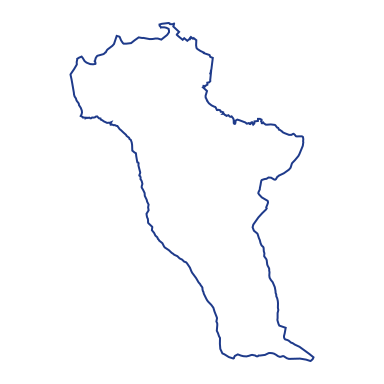 outline of Racovita, Sibiu, Romania
{"feature_id": "2599482B1974711527076", "entity_name": "Racovita", "entity_type": "district", "adm_level": 2, "iso_a3": "ROU", "parent_name": "Romania", "parent_adm1": "Sibiu", "projection": "orthographic", "projection_center": [24.378, 45.642], "detail": "fine", "context": "isolated", "style": "outline", "palette": "blue", "viewbox_px": 384, "rotation_deg": 0, "n_neighbors": 0, "source": "geoboundaries", "source_scale": "gbopen_adm2", "svg_char_len": 5937}
<svg xmlns="http://www.w3.org/2000/svg" viewBox="0 0 384 384"><path d="M222.4,353.4L224.4,354.3L228.9,357.1L233.3,358.5L233.9,358.2L234.2,357.1L234.9,355.9L237.8,354.4L241.0,355.6L243.4,356.2L246.5,356.4L249.0,355.8L251.3,355.0L252.2,354.9L255.2,355.5L255.9,356.0L257.0,356.4L257.9,356.2L258.6,355.5L260.3,355.5L265.0,354.9L268.7,353.1L269.9,353.0L272.3,353.2L274.1,353.7L276.4,355.0L277.7,356.0L279.6,356.8L280.6,356.8L282.9,356.1L283.7,356.2L286.8,358.2L288.9,358.9L300.0,358.6L306.0,359.6L310.4,361.0L311.0,360.7L312.3,359.5L312.9,358.8L313.4,357.6L313.5,357.3L309.4,354.0L299.5,346.8L294.8,344.6L292.4,343.0L291.3,342.8L288.6,340.6L287.3,340.0L285.2,339.4L284.4,338.5L284.0,337.1L284.0,336.0L284.7,333.3L285.7,327.8L279.3,325.6L278.5,323.9L277.5,320.5L277.4,319.7L277.6,318.1L277.6,312.9L277.9,311.9L278.3,310.0L277.9,307.8L278.0,303.3L277.8,301.0L277.2,298.3L276.3,296.3L276.2,294.4L275.6,292.9L275.5,291.0L274.8,287.2L272.7,282.2L270.9,280.0L269.6,277.7L269.3,275.5L269.5,272.1L269.2,270.8L269.2,268.9L268.9,268.0L267.6,265.6L267.2,264.4L266.7,260.2L266.5,259.7L266.2,259.0L264.2,256.3L264.2,255.6L264.4,253.3L263.8,251.2L263.6,247.9L263.2,246.9L261.8,245.7L261.4,245.1L260.5,243.0L259.8,240.1L258.9,238.1L257.6,234.0L257.3,233.5L253.9,230.7L252.6,227.3L253.3,224.6L258.4,217.4L262.2,213.2L266.0,209.5L266.7,208.4L266.2,207.4L267.5,204.2L268.0,202.7L267.9,201.5L267.6,200.8L261.8,197.4L259.1,194.5L258.3,193.2L258.5,192.2L259.8,189.4L259.9,187.9L260.5,185.1L261.0,182.1L261.4,180.5L261.8,180.0L263.8,179.3L264.9,179.0L266.5,178.8L268.5,177.5L271.1,177.7L274.3,179.6L275.4,179.6L275.9,179.2L277.4,176.7L278.3,176.3L278.7,175.7L283.8,173.3L289.0,169.6L290.6,167.7L291.8,163.8L292.2,163.0L294.9,160.2L298.4,156.0L299.4,154.1L302.8,145.8L303.3,142.2L303.1,141.3L303.3,139.2L303.0,137.1L302.3,136.5L301.5,136.3L296.7,136.4L295.9,136.2L294.8,134.8L293.6,133.8L292.8,134.0L291.4,134.9L289.1,134.9L284.7,133.2L283.0,132.4L282.5,132.1L282.3,131.6L279.7,129.8L279.0,129.7L278.2,127.9L277.1,127.5L275.3,125.2L274.7,124.9L270.8,124.4L266.9,124.7L265.7,124.6L263.6,123.1L263.2,122.5L262.1,123.3L261.8,123.2L261.6,122.0L261.1,121.3L261.7,120.1L261.5,119.6L260.4,119.2L260.0,118.9L258.0,118.9L257.9,121.0L254.5,121.4L254.3,123.5L253.2,124.6L252.7,123.6L252.7,123.2L252.0,122.2L251.1,122.6L250.7,123.7L250.3,124.1L249.7,124.0L249.3,123.2L248.3,123.1L247.8,123.5L246.6,123.6L246.2,123.1L245.2,122.4L239.6,120.3L237.3,119.6L235.5,120.7L235.5,122.2L235.2,123.6L234.9,123.9L234.4,123.9L233.8,123.2L233.7,121.6L234.0,121.1L233.9,120.7L233.7,120.5L233.6,119.3L232.9,118.0L231.6,116.4L230.9,116.8L229.8,116.6L228.4,115.2L226.4,115.9L226.0,115.3L224.7,114.8L224.0,113.9L222.7,113.9L223.2,113.4L223.2,112.3L221.1,111.6L220.7,111.7L220.3,110.5L220.0,110.2L218.4,109.8L217.7,110.1L216.9,110.0L215.8,107.7L215.3,107.0L214.3,106.7L211.6,105.4L208.9,103.3L207.1,100.8L207.2,100.4L206.7,99.8L206.1,98.2L205.7,97.8L205.6,97.0L205.6,95.7L207.0,91.0L202.9,87.3L203.7,86.6L203.6,85.9L204.0,85.9L204.6,86.8L206.0,85.4L207.4,84.7L207.3,82.7L209.2,82.3L210.3,81.1L210.2,79.7L210.3,79.1L210.9,73.3L210.4,73.9L210.2,73.6L210.8,72.1L210.9,70.6L211.4,69.2L212.8,57.9L210.3,56.9L209.5,55.0L203.8,53.1L203.9,52.6L200.5,51.0L197.4,49.0L196.5,47.9L196.1,45.3L196.3,40.2L193.7,38.1L193.0,38.7L190.9,37.0L190.4,37.5L191.0,38.0L189.9,39.2L189.5,38.9L187.3,40.8L184.2,38.2L182.7,39.8L178.3,36.2L176.8,34.8L176.8,34.5L179.1,31.9L173.3,26.5L174.1,23.8L174.0,23.6L172.6,24.2L170.8,24.2L169.9,24.1L169.6,23.8L169.5,23.3L168.6,23.0L161.8,23.8L159.5,24.5L159.6,25.7L160.8,27.0L160.9,27.5L161.8,27.3L164.2,27.3L166.4,27.8L168.6,28.9L169.0,30.8L169.0,32.2L167.4,34.6L166.7,35.3L161.3,39.6L157.7,38.5L155.6,38.5L152.7,39.0L149.7,39.1L143.3,37.9L142.2,38.0L138.7,37.4L134.6,40.3L131.1,43.1L126.0,43.7L123.7,43.7L123.0,43.2L121.6,41.2L121.0,40.2L119.7,37.0L119.2,36.6L116.7,35.9L114.0,44.0L112.4,45.8L107.5,49.5L106.7,50.5L105.8,52.3L105.2,52.5L104.4,53.5L103.2,54.2L97.7,55.7L96.9,56.2L95.7,58.1L95.1,60.4L95.1,61.3L94.8,61.4L95.4,62.5L95.5,63.6L95.4,63.9L93.1,64.3L90.2,64.1L86.5,62.6L84.6,61.1L82.8,58.1L81.6,56.6L79.2,57.6L77.2,58.8L77.2,59.7L76.7,62.0L76.8,64.5L74.1,69.1L70.7,74.1L70.5,74.6L71.6,79.7L73.9,92.9L74.0,94.4L74.6,96.5L75.9,98.4L76.5,100.4L77.0,101.2L78.4,103.0L78.8,103.7L79.0,105.1L80.8,107.9L81.8,110.6L82.0,112.5L81.5,114.5L80.7,116.0L82.8,117.1L82.9,117.5L85.9,117.7L85.8,118.2L87.1,117.7L87.9,118.0L88.8,117.7L89.5,117.7L90.3,118.3L91.3,118.2L92.1,117.5L93.6,117.6L95.0,117.3L95.8,116.6L97.1,116.4L99.0,118.3L100.5,118.5L100.8,119.6L102.4,120.3L103.7,121.3L107.1,122.9L109.0,122.7L109.5,122.9L111.2,122.2L110.4,123.7L110.6,124.7L110.9,124.8L112.0,124.5L113.6,125.2L114.8,125.1L116.5,125.9L117.4,126.0L119.7,129.2L120.9,130.1L123.4,132.5L126.0,134.8L126.6,135.9L129.1,137.8L129.5,139.0L130.8,139.9L131.7,142.4L132.1,144.9L132.3,150.6L134.8,152.7L135.7,153.0L136.0,153.8L136.2,155.9L137.2,161.8L137.4,162.4L138.3,162.6L138.6,163.4L138.4,165.2L138.7,166.6L140.2,172.4L140.1,173.2L139.3,175.3L139.5,175.8L140.2,176.2L140.6,177.5L140.5,179.2L141.2,180.1L141.8,181.4L142.4,183.9L141.7,186.3L141.7,187.5L143.2,190.1L144.6,193.0L144.8,195.9L146.7,199.8L147.1,201.6L148.6,204.6L148.1,207.3L148.6,210.3L146.5,213.8L146.8,216.0L147.2,217.6L147.8,218.7L148.1,221.0L148.0,222.0L148.3,223.1L152.2,226.8L152.3,227.1L151.9,230.2L154.1,232.9L155.4,235.6L157.3,237.3L157.9,238.9L158.6,239.5L159.2,240.6L162.4,243.2L164.0,246.4L164.7,247.4L168.9,250.2L171.6,252.8L173.3,253.9L174.1,254.7L177.4,256.2L179.6,258.4L182.1,259.6L184.1,261.6L186.1,262.3L187.0,263.3L189.9,267.6L191.3,271.1L192.1,272.7L196.1,278.1L198.6,282.4L200.1,284.1L200.8,285.4L202.0,286.9L202.4,287.7L202.5,289.4L202.9,291.1L203.4,291.9L203.8,293.7L206.3,298.8L207.2,300.4L208.2,301.7L211.3,304.9L213.4,307.8L214.5,311.5L216.9,317.6L217.0,318.3L216.4,321.5L217.2,323.3L217.3,324.9L216.8,330.8L218.0,333.2L219.0,336.2L220.0,338.0L219.9,343.9L220.3,348.9L222.4,353.4Z" fill="none" stroke="#1e3a8a" stroke-width="2"/></svg>